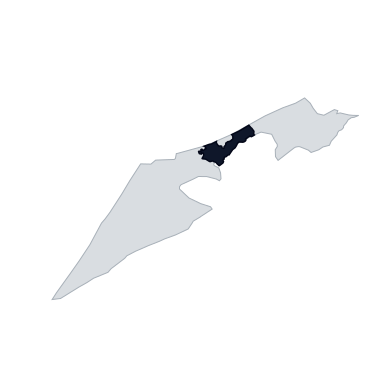 HaMerkaz on a map of Israel (Equal Earth projection), rotated 49°
{"feature_id": "ISR-3055", "entity_name": "HaMerkaz", "entity_type": "District", "adm_level": 1, "iso_a3": "ISR", "parent_name": "Israel", "parent_adm1": "", "projection": "equal_earth", "projection_center": [34.823, 32.087], "detail": "fine", "context": "in_parent", "style": "filled", "palette": "ink", "viewbox_px": 384, "rotation_deg": 49, "n_neighbors": 0, "source": "natural_earth", "source_scale": "10m", "svg_char_len": 3924}
<svg xmlns="http://www.w3.org/2000/svg" viewBox="0 0 384 384"><g transform="rotate(49 192 192)"><path d="M243.6,15.9L242.0,20.6L240.4,23.1L240.0,26.9L241.0,30.0L241.6,34.2L242.8,35.4L243.2,38.2L242.2,40.9L242.7,43.1L244.0,45.2L245.0,53.6L246.9,57.6L243.9,63.7L243.3,68.6L240.3,76.2L236.8,76.7L228.6,80.9L227.4,82.1L226.0,84.5L225.7,86.4L224.6,106.3L220.1,105.8L214.7,101.4L213.6,97.7L211.9,96.4L208.0,95.9L200.7,94.0L192.1,100.6L188.5,111.4L187.7,116.5L184.8,127.2L185.9,133.8L186.4,142.3L187.1,149.3L186.3,153.5L184.7,155.7L185.2,157.3L186.6,157.9L191.4,156.0L196.3,157.9L201.1,161.5L201.5,163.9L198.1,165.2L190.1,170.7L184.5,177.0L183.0,182.9L179.3,195.4L179.8,198.0L181.6,199.5L194.6,198.2L206.4,193.1L215.3,187.7L218.1,188.0L216.2,201.8L216.3,201.9L214.8,210.3L215.4,211.8L217.4,219.1L213.6,232.6L209.4,243.5L207.9,248.7L203.8,260.3L199.6,273.7L197.4,283.0L197.9,286.3L196.8,303.3L197.5,308.1L192.5,322.9L191.5,330.2L189.5,340.1L186.1,361.1L181.4,368.1L179.1,360.3L173.8,337.9L170.0,322.5L164.8,303.7L156.1,280.7L155.3,275.2L153.5,267.2L147.5,246.4L142.6,231.4L137.1,212.3L144.0,204.7L144.1,198.5L155.9,183.9L155.8,182.5L152.7,178.6L153.2,177.9L166.2,150.9L174.6,124.1L182.5,86.9L188.1,68.0L192.9,55.6L194.9,45.3L202.6,44.5L208.3,45.6L215.1,46.0L220.6,42.1L223.2,30.5L226.3,28.6L227.8,31.4L229.5,28.3L236.6,23.2L240.1,19.9L243.6,15.9Z" fill="#d9dde1" stroke="#a8b0b8" stroke-width="1"/><path d="M189.9,107.5L189.7,109.0L189.2,110.9L188.9,111.1L188.1,111.4L187.8,111.6L187.5,112.8L187.3,115.6L187.1,116.7L187.9,117.0L188.4,117.7L188.5,118.6L188.3,119.8L187.8,120.9L185.2,123.6L185.0,124.9L185.3,126.1L186.2,128.2L186.9,130.5L186.7,133.6L188.3,139.7L187.6,140.6L187.7,142.1L187.6,143.4L186.9,144.5L187.9,146.0L188.3,146.5L188.0,147.0L188.1,147.5L188.9,148.1L189.8,148.3L190.4,149.7L190.1,153.9L189.8,154.3L188.2,154.4L187.7,154.6L187.3,154.5L185.9,154.5L185.0,154.6L184.0,155.2L183.2,155.8L182.5,155.8L181.8,156.5L181.7,156.8L181.2,158.1L180.7,158.6L180.3,158.8L176.2,160.1L174.0,162.1L173.5,162.4L173.4,162.4L173.2,162.1L173.1,161.9L173.0,161.6L172.5,160.1L172.3,159.6L172.1,159.3L171.9,159.1L170.8,158.3L170.4,158.2L170.2,158.1L170.0,158.4L169.9,158.5L168.8,158.7L168.6,158.8L168.6,159.0L168.8,159.1L169.0,159.2L169.1,159.3L169.2,159.6L169.3,159.8L169.5,160.0L169.4,160.3L169.0,160.4L168.7,160.6L168.1,161.2L167.8,161.3L167.5,161.2L165.9,160.6L165.8,160.4L165.8,160.2L165.8,159.9L166.0,159.7L166.6,159.4L166.8,159.2L167.0,159.0L167.0,158.8L167.0,158.7L166.7,158.2L166.3,157.8L166.1,157.6L165.9,157.5L165.9,157.4L165.9,157.2L165.9,156.9L166.0,156.8L166.1,156.6L166.2,156.4L166.3,156.4L166.5,156.4L166.8,156.4L167.2,156.6L167.4,156.7L167.5,156.7L167.8,156.6L168.0,156.4L168.0,155.5L168.1,155.2L168.1,154.9L168.0,154.3L168.0,154.2L168.3,153.7L168.4,153.4L168.4,153.0L168.2,152.8L168.1,152.7L168.0,152.8L167.8,152.8L167.5,152.7L166.9,152.5L166.6,152.4L166.4,152.4L166.2,152.5L165.6,152.7L165.4,152.8L167.2,148.1L168.5,145.9L169.9,140.4L170.6,141.1L170.9,141.4L173.0,141.7L174.4,141.7L174.6,141.7L174.9,141.6L176.0,140.3L176.0,140.2L176.3,139.9L176.7,139.7L177.0,139.6L177.3,139.7L177.7,140.1L177.9,140.3L178.1,140.4L178.4,140.3L179.6,139.8L179.9,139.5L180.0,139.3L180.0,139.1L179.9,138.9L179.7,138.7L179.1,138.3L178.9,138.1L178.6,135.9L178.5,135.7L178.4,135.5L178.2,135.2L177.9,135.0L177.8,134.9L177.6,134.7L177.4,134.5L177.4,134.4L177.3,134.2L177.3,133.9L177.4,133.6L177.4,133.2L177.5,132.4L177.5,132.0L177.6,131.8L178.0,131.2L178.2,130.9L178.6,129.8L178.8,129.1L178.8,128.8L178.7,128.4L178.6,128.1L178.7,127.8L178.8,127.4L178.8,126.7L178.7,126.4L178.6,126.1L178.2,125.9L177.9,125.5L177.5,125.3L177.1,124.9L176.8,124.7L176.5,124.6L175.1,124.4L174.7,124.4L176.9,116.5L178.9,105.3L181.7,105.3L182.5,105.3L182.6,105.2L183.2,105.1L186.6,105.4L186.8,105.5L187.1,105.7L188.1,106.8L188.4,107.0L188.5,107.1L188.6,107.4L188.7,107.5L189.2,107.6L189.9,107.5L189.9,107.5Z" fill="#0f172a" stroke="#020617" stroke-width="1.5"/></g></svg>